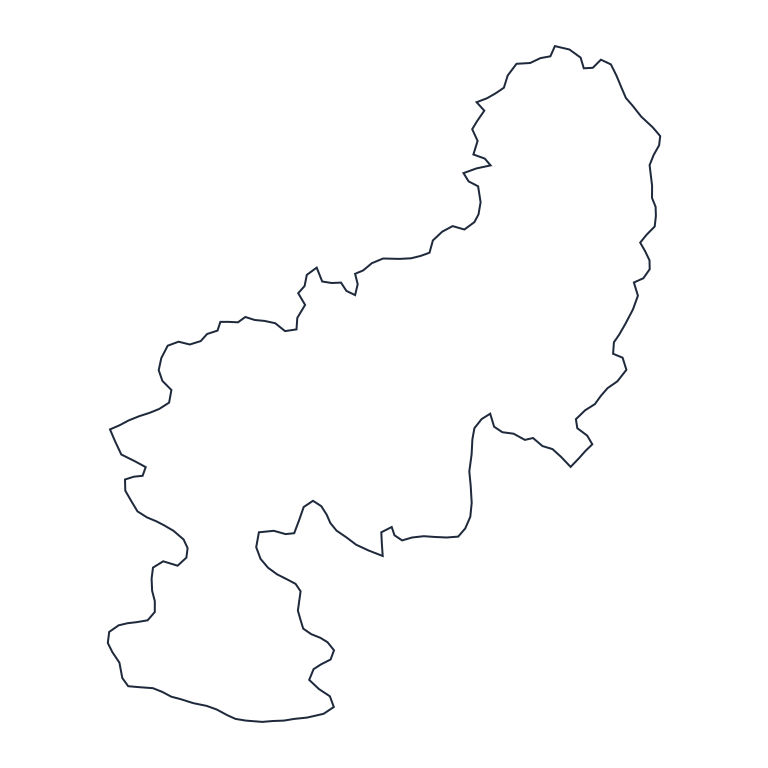 Cana Verde, Minas Gerais, Brazil
{"feature_id": "56859067B5820383459318", "entity_name": "Cana Verde", "entity_type": "district", "adm_level": 2, "iso_a3": "BRA", "parent_name": "Brazil", "parent_adm1": "Minas Gerais", "projection": "albers", "projection_center": [-45.191, -21.031], "detail": "fine", "context": "isolated", "style": "outline", "palette": "slate", "viewbox_px": 768, "rotation_deg": 0, "n_neighbors": 0, "source": "geoboundaries", "source_scale": "gbopen_adm2", "svg_char_len": 3001}
<svg xmlns="http://www.w3.org/2000/svg" viewBox="0 0 768 768"><path d="M110.0,429.4L114.9,440.9L121.3,454.5L133.8,460.7L145.7,467.1L142.6,475.8L133.8,476.7L125.0,479.5L125.3,490.7L131.7,501.8L137.5,511.4L147.0,517.4L156.1,521.2L163.7,525.1L173.5,530.8L183.6,539.5L187.6,548.1L186.4,557.6L177.6,565.7L163.2,561.3L153.0,567.6L151.6,578.7L152.1,590.7L154.8,601.1L154.8,612.0L147.6,620.3L136.3,622.2L127.7,623.2L118.7,625.3L109.2,631.9L107.8,643.0L112.4,652.2L119.4,662.6L122.3,678.0L128.2,686.2L138.4,687.1L153.0,688.2L162.5,692.0L171.3,696.7L180.5,699.1L193.1,703.1L206.7,705.9L216.7,709.5L227.1,715.1L235.5,718.9L245.9,720.6L262.2,721.9L273.0,721.0L283.9,720.6L294.3,718.9L306.9,717.6L315.4,715.7L323.6,713.8L333.8,707.0L329.9,696.3L319.0,689.1L309.2,679.9L313.6,669.1L321.3,664.2L330.6,659.5L334.0,650.3L327.5,642.2L320.3,637.8L311.3,634.2L303.2,628.6L300.4,619.4L297.9,610.7L299.2,601.1L300.6,591.3L295.6,583.9L287.9,579.8L277.0,574.3L268.0,567.7L260.5,558.8L256.2,547.2L258.9,532.3L273.8,530.8L285.6,534.1L294.2,533.2L299.1,520.2L303.7,507.0L313.0,500.8L321.3,506.2L326.8,514.9L330.3,523.0L336.6,530.7L346.6,537.5L356.1,544.7L368.6,550.5L382.7,556.0L381.8,542.8L381.3,532.3L391.7,527.0L394.5,535.3L402.1,540.4L412.1,537.5L423.7,536.2L435.5,537.0L446.7,537.5L458.2,536.6L465.2,528.5L470.3,516.8L471.7,502.9L470.7,485.9L469.3,471.4L471.6,454.4L472.4,439.3L474.4,428.2L481.6,419.1L490.2,413.7L494.1,426.7L502.3,432.2L513.6,433.7L524.9,439.9L533.0,438.0L542.5,446.1L552.5,449.1L561.1,456.9L570.6,466.9L579.0,458.2L585.4,451.0L592.3,444.3L587.2,435.6L577.3,428.2L575.9,419.2L585.1,410.3L594.9,404.1L600.9,395.8L607.6,388.1L617.4,381.3L626.4,369.8L622.6,357.7L613.1,353.8L613.9,342.3L619.2,334.6L625.2,324.2L633.0,309.3L637.9,295.7L633.9,282.5L643.4,278.2L649.7,269.2L649.5,260.3L645.1,251.2L640.2,242.6L646.6,234.7L654.7,226.5L655.9,216.0L655.6,206.8L652.0,197.9L652.1,185.8L650.7,174.3L649.6,165.1L653.7,154.9L659.1,145.3L660.2,136.1L652.8,127.4L641.2,116.6L632.6,105.7L625.9,98.0L621.7,88.2L616.4,75.5L610.9,64.4L600.9,59.7L592.8,67.8L583.8,68.3L580.6,57.6L569.4,49.5L554.9,46.1L550.4,56.3L540.5,58.1L530.1,63.0L516.5,63.8L507.7,75.5L503.9,87.7L496.1,93.0L486.9,98.3L476.6,102.2L484.3,110.7L477.1,121.1L472.2,129.2L477.6,140.9L473.4,154.5L484.8,158.6L490.6,165.4L476.5,168.4L463.5,173.1L468.6,181.4L478.1,186.3L480.6,202.2L478.5,214.4L474.4,222.1L464.4,229.5L452.6,226.1L442.2,231.7L432.9,240.4L429.5,252.7L420.7,255.9L411.0,258.3L399.4,258.9L383.1,258.5L371.8,263.2L363.2,270.4L355.1,273.8L357.7,284.2L355.1,295.1L346.4,290.9L341.0,282.6L331.7,283.0L322.2,281.5L316.7,267.6L306.8,274.9L304.6,286.0L298.2,293.2L305.1,304.9L297.3,317.9L296.5,329.4L285.0,331.1L275.2,323.2L264.4,320.9L254.8,320.0L245.3,317.0L238.0,322.3L229.1,321.9L220.4,321.9L217.5,330.6L207.1,334.0L200.7,341.1L189.8,344.5L178.6,341.7L167.7,345.7L161.3,358.1L158.7,370.2L162.4,380.9L171.4,390.0L169.1,402.6L159.1,409.0L149.7,412.8L139.2,416.2L128.5,420.5L119.3,425.4L110.0,429.4Z" fill="none" stroke="#1e293b" stroke-width="2"/></svg>